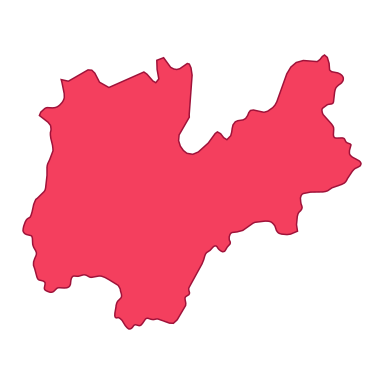 Trento, Albers equal-area conic projection
{"feature_id": "ITA-5460", "entity_name": "Trento", "entity_type": "Province", "adm_level": 1, "iso_a3": "ITA", "parent_name": "Italy", "parent_adm1": "", "projection": "albers", "projection_center": [11.175, 46.106], "detail": "fine", "context": "isolated", "style": "filled", "palette": "rose", "viewbox_px": 384, "rotation_deg": 0, "n_neighbors": 0, "source": "natural_earth", "source_scale": "10m", "svg_char_len": 4678}
<svg xmlns="http://www.w3.org/2000/svg" viewBox="0 0 384 384"><path d="M327.3,57.4L329.1,63.4L329.6,70.0L331.6,71.7L337.8,72.9L340.0,73.9L341.6,75.1L342.3,75.9L342.9,76.8L343.3,77.9L343.3,79.2L343.0,80.7L341.6,82.8L340.4,83.8L338.5,85.1L337.0,86.5L336.3,87.3L335.7,88.2L335.1,89.9L334.6,92.3L333.5,101.9L333.0,103.1L331.8,103.9L328.2,104.4L327.2,104.8L323.0,107.9L322.2,108.8L321.9,110.0L322.2,112.1L322.6,113.5L323.2,114.7L331.5,124.0L332.7,125.7L333.2,126.6L333.6,127.7L333.7,129.4L333.4,134.8L333.7,136.5L334.5,137.6L335.5,138.0L336.8,138.1L342.1,137.9L343.2,138.1L344.2,138.6L344.8,139.5L345.7,141.5L346.4,142.3L347.3,142.9L349.5,143.7L350.4,144.1L350.8,144.7L351.0,144.9L349.5,150.3L349.4,152.3L349.5,153.9L350.0,154.8L350.6,155.6L352.3,157.1L359.1,160.8L359.9,161.5L360.5,162.3L361.0,163.4L360.8,164.6L360.1,165.9L357.9,167.2L355.1,168.5L353.8,169.6L352.3,171.3L347.5,178.5L346.5,180.5L345.7,181.7L344.4,183.0L341.7,184.4L332.0,187.8L327.6,190.8L325.4,191.5L322.9,191.9L310.5,192.1L303.4,193.5L302.2,194.1L301.2,195.4L300.4,198.0L300.7,201.7L301.0,203.7L301.9,206.2L302.1,207.5L301.8,208.9L300.7,210.6L298.8,212.4L298.0,213.9L297.3,216.4L296.5,224.7L297.5,231.2L290.6,234.1L287.0,234.6L281.6,234.1L279.3,233.4L278.4,232.9L277.6,232.1L277.0,231.3L276.4,230.4L275.0,226.2L274.9,226.0L273.7,224.3L272.2,222.8L271.4,222.2L270.4,221.7L269.3,221.4L268.0,221.2L265.2,221.1L255.0,222.3L253.0,223.2L242.8,230.4L237.1,231.9L232.1,232.5L230.9,233.2L230.0,234.4L229.2,236.9L229.2,238.5L229.3,239.9L230.2,241.9L230.3,243.0L229.9,244.2L228.4,245.8L227.1,247.3L225.6,249.9L224.6,251.3L222.8,251.8L221.7,251.4L220.6,250.8L219.0,249.5L218.3,248.7L217.7,247.9L217.2,247.0L216.6,246.3L215.7,245.9L214.6,246.0L213.7,246.5L212.9,247.2L210.1,250.3L206.6,252.6L205.6,253.9L204.8,255.8L203.7,259.7L202.0,263.9L189.1,287.4L188.7,288.5L188.8,290.2L189.5,292.6L189.4,293.7L188.8,294.7L186.4,296.2L185.5,296.9L185.0,297.9L185.1,299.5L185.8,303.3L185.7,304.4L185.6,305.5L177.2,319.8L173.4,323.3L169.4,323.1L158.3,319.1L157.1,318.9L155.9,319.1L153.6,319.6L152.1,319.5L150.4,319.1L147.8,318.2L146.5,318.4L145.5,319.0L142.5,323.4L141.8,324.2L141.1,325.0L140.2,325.5L139.2,325.7L135.5,324.7L134.4,325.0L133.7,325.6L132.4,327.4L131.7,328.1L130.8,328.7L129.8,329.0L128.6,328.9L127.0,327.6L125.2,325.5L122.1,320.4L120.1,318.5L118.5,317.6L116.2,317.9L115.3,317.3L114.8,315.9L114.9,313.1L116.0,306.8L116.0,306.7L116.1,305.4L116.4,304.4L116.7,303.2L117.2,302.1L117.7,301.2L120.7,298.2L121.3,297.3L121.6,296.0L121.4,294.0L120.5,290.9L120.2,288.9L119.0,286.7L118.1,285.3L109.2,279.8L105.1,277.5L101.9,276.3L101.1,276.1L99.1,276.0L91.8,277.3L90.6,277.3L89.5,277.0L86.6,275.4L85.5,275.0L84.3,274.8L83.1,274.9L78.7,276.2L77.5,276.3L73.9,276.0L72.9,276.3L72.2,277.0L71.6,277.9L71.2,279.0L70.9,280.2L70.6,282.8L70.5,284.0L70.1,285.1L69.6,286.1L68.8,286.9L67.9,287.4L66.8,287.8L64.3,288.0L58.9,287.7L57.7,287.9L56.8,288.4L53.8,291.3L52.9,291.9L51.8,292.2L50.7,292.3L49.5,292.1L47.3,291.3L45.4,290.3L44.6,289.4L44.3,288.1L45.1,284.1L45.0,282.5L44.0,281.5L42.8,280.9L39.1,280.0L38.2,279.4L37.6,278.6L36.9,277.0L34.8,269.1L33.5,265.3L33.5,263.8L33.6,261.8L34.7,258.6L36.1,255.4L36.4,254.2L36.4,252.7L35.7,250.8L33.8,247.5L33.4,246.5L33.0,245.4L32.7,244.2L32.6,242.7L32.4,238.4L32.1,237.1L31.8,236.3L31.2,235.7L26.5,234.5L25.4,234.0L24.5,233.4L23.9,232.6L23.3,231.7L23.0,230.6L23.2,228.6L23.7,226.2L25.2,222.0L26.3,220.0L27.4,218.8L30.2,217.1L31.1,215.1L32.1,211.8L33.7,204.4L34.9,201.4L35.8,199.4L37.4,198.2L44.1,191.6L44.7,190.7L45.2,189.7L45.6,187.9L47.0,175.5L47.0,167.3L47.3,165.2L47.8,163.6L49.7,159.6L53.0,150.8L52.9,148.5L52.5,145.2L50.8,138.2L50.4,135.0L50.4,132.6L50.7,131.4L51.0,130.1L51.0,128.8L50.7,126.3L50.4,125.2L48.0,122.2L39.4,115.5L40.8,112.1L44.8,108.5L46.2,107.8L47.3,107.6L52.5,107.9L55.1,107.6L57.1,106.9L58.1,106.3L59.7,105.1L62.0,102.6L62.7,101.6L63.5,100.1L64.0,98.8L64.3,97.5L64.2,93.6L62.3,84.2L61.8,81.8L61.2,79.6L68.4,81.2L88.0,69.9L91.8,70.2L94.8,73.1L99.5,82.2L108.9,87.5L143.9,72.0L147.0,74.2L152.9,81.0L155.8,82.7L158.8,78.9L157.1,69.4L156.8,60.3L163.6,57.7L170.6,67.3L173.8,69.0L176.8,69.5L179.8,68.7L187.3,63.5L189.3,64.1L191.0,67.9L192.1,75.2L189.2,114.6L189.3,117.2L179.1,134.9L178.6,140.7L180.3,146.1L183.4,150.5L186.9,153.3L192.8,154.3L198.3,152.0L208.3,143.0L215.2,133.5L217.4,131.9L220.6,133.7L223.7,137.7L226.9,139.7L230.7,135.8L231.7,132.1L232.2,128.4L233.0,124.9L235.3,121.8L237.8,120.7L243.1,119.9L245.6,118.5L247.6,115.6L248.8,112.6L250.4,110.5L253.4,110.0L264.0,112.3L267.7,111.2L272.8,107.6L275.0,105.1L276.8,101.8L286.8,73.8L290.9,67.0L296.2,62.5L303.3,60.5L317.2,61.6L320.0,59.5L322.3,56.5L324.5,55.0L327.3,57.4Z" fill="#f43f5e" stroke="#9f1239" stroke-width="1.5"/></svg>